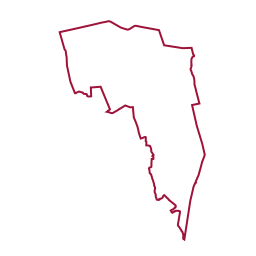 Stefan Cel Mare, Neamt, Romania (Albers equal-area conic projection), rotated 187°
{"feature_id": "2599482B75219303037693", "entity_name": "Stefan Cel Mare", "entity_type": "district", "adm_level": 2, "iso_a3": "ROU", "parent_name": "Romania", "parent_adm1": "Neamt", "projection": "albers", "projection_center": [26.525, 47.014], "detail": "fine", "context": "isolated", "style": "outline", "palette": "rose", "viewbox_px": 256, "rotation_deg": 187, "n_neighbors": 0, "source": "geoboundaries", "source_scale": "gbopen_adm2", "svg_char_len": 3582}
<svg xmlns="http://www.w3.org/2000/svg" viewBox="0 0 256 256"><g transform="rotate(187 128 128)"><path d="M159.6,231.7L159.8,231.7L160.2,231.7L160.7,231.5L161.3,231.3L162.6,230.8L163.7,230.4L166.7,229.5L176.1,226.0L188.6,221.5L207.5,214.8L207.4,214.5L200.5,198.2L199.5,197.3L199.2,196.8L198.6,194.3L197.5,190.5L196.2,182.6L190.8,166.9L184.9,156.1L184.1,156.2L183.7,156.5L183.3,156.9L181.1,158.2L180.2,158.1L179.7,157.9L177.2,157.7L176.7,156.9L176.2,156.6L174.7,156.5L174.1,156.6L173.1,156.5L172.3,154.7L171.9,154.5L170.9,154.5L170.1,154.6L168.9,154.7L168.4,155.0L169.3,160.4L169.8,163.7L169.6,163.7L160.2,165.6L148.2,144.3L150.9,141.6L150.7,141.6L149.3,141.3L148.3,141.2L146.3,140.8L145.8,140.8L145.0,141.0L139.9,144.8L138.9,145.9L138.6,145.9L133.5,150.0L128.3,148.8L127.7,148.9L125.7,149.3L123.5,139.1L123.3,138.8L121.2,135.2L119.4,131.7L118.6,130.1L118.2,129.0L117.9,128.1L117.8,127.9L117.3,126.7L116.9,125.1L114.1,119.1L112.7,119.7L112.1,120.0L111.0,120.7L110.4,121.0L109.5,121.2L109.4,121.0L109.1,120.5L108.8,117.1L108.5,116.8L108.2,116.7L108.1,116.3L107.9,115.3L107.9,113.7L107.7,113.0L106.2,113.1L104.0,112.9L103.7,112.3L102.6,110.5L102.0,107.7L101.9,107.3L100.9,106.2L100.4,105.5L99.9,105.0L99.4,104.5L99.3,104.2L99.4,103.9L100.0,103.8L100.4,103.1L100.1,102.9L99.2,102.2L99.1,100.4L100.7,100.2L100.5,96.8L100.1,92.8L100.1,92.4L100.2,92.1L101.0,91.6L101.9,91.3L102.2,90.7L102.3,90.3L102.0,89.7L101.6,88.9L101.6,88.7L100.9,85.8L99.4,84.8L99.4,84.6L98.3,82.2L98.1,81.6L97.5,80.2L96.7,78.9L96.0,77.0L95.6,76.4L95.5,76.1L95.2,75.2L95.1,74.5L95.1,74.2L94.9,73.7L94.2,72.9L94.0,72.5L94.0,72.4L93.9,71.9L93.8,71.5L93.7,71.2L93.9,70.5L93.9,69.8L93.9,69.1L93.9,68.7L93.8,68.2L93.6,67.3L93.0,66.4L92.8,66.0L92.6,65.7L92.4,65.4L92.2,64.8L92.3,64.3L92.3,63.9L92.1,63.2L91.9,62.9L91.4,62.1L91.2,61.8L91.2,61.4L90.7,60.4L89.2,60.3L88.9,60.3L88.8,60.6L88.6,60.9L88.3,61.3L87.8,61.0L87.4,61.5L86.4,62.1L85.4,62.8L85.1,63.5L84.8,64.6L84.6,65.0L84.1,65.6L83.9,65.8L78.8,62.0L78.7,61.6L71.4,57.1L71.0,55.9L71.3,54.8L71.8,54.8L72.2,54.2L72.7,53.4L73.0,52.9L73.4,52.7L73.9,52.6L75.5,51.3L75.0,50.8L74.4,49.7L73.8,49.4L73.7,49.6L73.4,49.7L72.9,49.8L72.4,50.2L72.5,50.4L72.3,50.5L72.0,50.6L71.7,50.9L71.4,50.9L71.3,51.2L71.0,51.2L70.8,51.4L70.3,51.7L69.6,51.7L69.1,51.8L68.2,51.9L67.9,51.8L67.7,51.9L67.4,51.8L66.6,51.7L66.3,51.6L66.1,51.3L66.7,38.0L66.3,37.0L65.7,36.6L64.9,35.7L64.2,34.9L63.8,34.3L63.1,33.6L62.5,33.1L62.4,32.7L62.2,32.0L61.8,31.8L61.4,31.6L61.1,31.1L60.9,30.5L60.7,30.1L60.4,29.8L59.9,27.1L59.8,25.8L59.7,24.9L59.4,24.5L58.8,24.5L58.5,24.3L57.3,63.4L55.9,76.4L55.9,76.8L55.5,78.8L55.3,79.2L55.1,80.1L54.8,81.1L54.5,81.1L53.9,82.1L54.3,82.4L54.3,82.9L54.0,83.8L53.4,85.8L52.6,88.6L52.1,90.2L52.1,90.4L52.1,90.9L52.0,91.4L51.7,93.2L51.5,95.0L51.4,95.1L50.3,103.1L50.3,103.3L50.2,103.8L50.0,104.2L50.0,104.6L49.3,107.1L49.1,108.2L48.5,110.7L52.4,121.4L60.1,138.8L67.2,158.6L60.1,161.0L64.9,173.1L65.9,175.9L67.3,179.2L67.9,183.3L68.4,185.2L69.6,187.8L71.0,189.5L71.6,191.2L73.1,193.9L73.1,194.1L72.8,195.1L72.8,195.3L72.6,196.0L72.6,196.3L72.5,197.6L72.6,198.2L72.8,198.2L72.8,198.7L72.8,199.0L73.0,200.2L73.2,201.1L73.3,202.6L73.3,203.0L73.4,203.8L73.2,204.9L72.8,206.0L72.3,206.8L71.6,207.0L71.2,207.3L71.3,208.2L71.9,208.8L72.3,209.1L74.7,215.3L83.4,213.9L102.2,214.5L109.2,228.9L125.8,229.9L130.1,230.2L132.1,230.4L133.2,230.3L133.5,230.3L133.7,230.2L134.2,229.9L135.4,229.0L136.9,227.7L138.8,226.2L139.3,226.0L139.6,225.8L140.3,225.6L141.4,225.7L143.3,226.0L147.3,226.8L150.2,228.0L157.5,231.1L159.1,231.6L159.6,231.7Z" fill="none" stroke="#9f1239" stroke-width="2"/></g></svg>